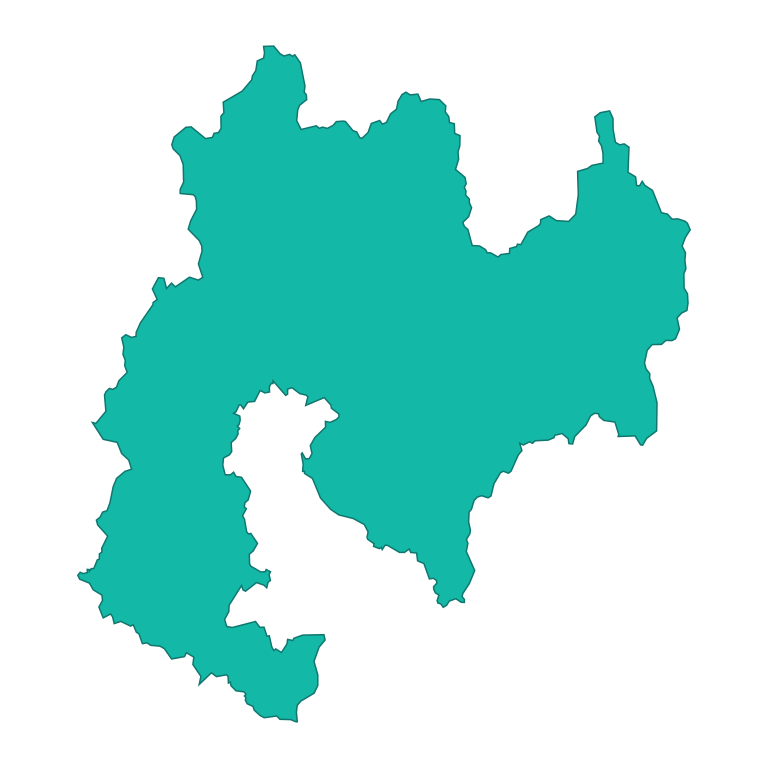 the district of Yen Son, Tuyên Quang, Vietnam
{"feature_id": "81297802B74193371644879", "entity_name": "Yen Son", "entity_type": "district", "adm_level": 2, "iso_a3": "VNM", "parent_name": "Vietnam", "parent_adm1": "Tuyên Quang", "projection": "equal_earth", "projection_center": [105.29, 21.864], "detail": "fine", "context": "isolated", "style": "filled", "palette": "teal", "viewbox_px": 768, "rotation_deg": 0, "n_neighbors": 0, "source": "geoboundaries", "source_scale": "gbopen_adm2", "svg_char_len": 6087}
<svg xmlns="http://www.w3.org/2000/svg" viewBox="0 0 768 768"><path d="M185.9,127.3L174.2,137.0L171.8,144.7L173.2,148.9L179.9,155.5L183.2,164.4L183.6,182.2L180.2,189.3L180.2,193.5L193.3,194.7L195.2,196.5L196.4,201.2L196.6,209.3L190.7,220.8L188.2,229.2L199.3,240.6L201.8,246.1L202.0,251.3L198.4,264.0L202.8,277.3L198.3,280.1L189.5,277.2L175.3,286.9L171.5,283.1L166.5,288.5L163.9,278.3L158.4,277.7L152.4,289.0L157.2,299.5L153.1,302.5L153.0,304.6L140.5,322.7L136.2,332.3L136.0,336.4L131.5,337.4L125.8,334.7L121.7,337.9L123.8,347.1L123.0,354.4L125.3,360.3L124.7,365.6L127.2,372.4L119.0,380.6L116.4,387.3L112.7,389.4L109.4,388.4L106.1,391.6L104.5,394.9L105.9,411.3L95.9,423.4L92.4,422.5L103.2,439.3L117.2,442.4L121.7,453.6L128.7,460.0L131.6,469.2L124.9,471.4L116.6,478.4L113.2,486.6L109.9,503.0L107.0,510.7L102.6,512.1L100.1,517.2L96.4,520.1L97.7,525.0L107.7,536.1L101.7,548.3L101.9,552.1L99.4,553.9L99.3,559.0L97.3,559.9L93.8,568.5L91.3,568.6L89.5,571.1L89.4,569.6L87.2,569.4L87.4,572.6L83.3,573.6L80.2,572.3L77.8,575.3L79.7,579.2L89.5,583.2L93.2,589.8L101.9,595.1L102.5,600.5L98.9,607.0L103.2,617.9L110.5,614.0L112.6,616.8L114.2,623.6L120.8,621.4L130.6,626.1L133.2,624.7L136.4,632.3L138.9,633.7L142.4,643.7L147.0,642.8L150.6,645.3L160.1,646.2L164.4,648.7L171.6,659.0L184.5,656.6L186.4,652.7L193.8,657.1L192.9,664.5L200.9,676.4L199.2,684.5L211.4,672.8L216.4,676.6L226.5,674.8L228.1,676.5L228.4,683.0L230.2,682.0L231.1,685.9L236.0,690.8L244.3,691.9L245.9,694.5L244.4,696.0L246.0,697.6L245.3,700.2L247.3,703.8L253.0,706.4L254.2,710.2L260.1,715.5L264.2,717.7L276.8,716.0L279.9,719.3L290.6,719.6L296.2,721.9L297.3,721.7L296.4,712.2L297.2,705.4L300.8,701.1L314.1,693.2L317.8,685.5L317.8,674.9L314.0,661.4L319.1,647.1L325.1,640.0L323.9,634.7L302.7,635.1L294.0,638.2L292.7,640.5L287.6,639.4L287.0,644.0L281.4,652.5L275.7,648.9L273.8,650.6L271.8,647.0L269.3,635.8L267.0,636.3L264.0,627.2L259.8,627.3L255.5,621.5L232.3,627.5L226.7,626.5L224.6,619.4L228.8,611.7L229.1,605.2L241.5,585.6L243.1,590.0L245.5,591.2L256.5,582.6L263.9,585.1L266.7,587.8L268.1,582.2L270.4,580.5L269.1,574.6L270.5,571.8L266.2,569.5L265.2,571.7L260.9,572.0L250.9,566.3L249.6,564.0L249.3,554.3L253.3,550.8L257.5,543.4L250.8,533.4L248.6,534.0L246.7,531.9L244.5,519.4L242.6,515.6L246.4,508.7L244.3,507.0L244.9,502.8L248.2,499.9L250.6,491.1L241.5,477.3L236.0,476.5L233.6,472.2L230.4,474.9L225.2,474.7L222.8,465.4L223.5,458.0L229.3,454.9L231.7,451.6L231.2,442.6L235.7,438.5L238.1,433.8L237.7,430.9L239.7,428.5L237.3,426.0L239.0,424.7L240.2,420.1L239.8,416.1L233.6,413.3L236.0,411.8L239.1,405.0L240.9,405.1L243.5,408.8L247.8,402.1L254.6,401.4L260.1,390.5L264.9,392.9L269.5,392.0L269.4,386.6L271.3,383.4L273.0,383.5L273.1,380.9L285.7,395.4L287.6,394.1L287.6,389.1L292.0,387.7L299.7,393.6L306.1,395.1L307.9,396.8L305.7,405.4L324.2,397.6L331.0,405.2L331.4,408.2L338.8,413.9L339.0,416.8L336.4,419.5L330.1,422.4L325.4,421.4L325.6,427.2L314.9,437.5L310.3,445.6L312.0,453.6L309.3,458.5L305.6,459.0L302.2,452.9L301.3,454.0L303.2,464.0L302.6,471.4L304.5,471.4L304.5,473.4L312.5,478.5L320.5,498.0L330.7,509.4L338.8,514.9L353.2,518.5L364.3,524.5L368.1,531.9L367.0,537.3L367.8,539.4L374.0,543.7L373.6,546.4L379.4,548.6L381.2,547.4L382.2,549.6L384.9,545.4L387.2,545.2L399.5,552.4L404.5,552.4L409.2,549.0L410.8,552.5L416.6,553.0L417.6,560.9L423.9,563.5L429.4,578.9L433.5,578.3L436.6,580.6L436.7,583.4L433.6,586.6L433.7,589.3L435.4,592.9L438.9,595.1L437.1,600.6L437.9,603.1L440.7,603.8L443.2,607.3L446.6,605.3L449.3,601.1L455.9,598.7L461.2,602.3L464.4,602.4L464.4,599.4L462.2,596.8L462.7,593.7L469.3,583.6L474.7,570.5L466.3,551.5L467.9,543.3L466.4,539.5L469.9,533.7L470.4,530.1L468.6,521.8L469.1,512.0L471.5,509.2L474.0,500.7L477.1,497.2L481.6,495.7L488.1,497.8L491.0,496.0L494.0,483.7L500.4,472.8L503.3,471.2L508.4,473.2L511.0,471.3L518.3,454.9L521.9,450.6L519.7,443.2L523.4,445.0L529.6,441.8L532.5,443.3L535.0,440.8L548.2,440.1L554.0,437.7L554.8,435.3L562.0,433.5L568.2,438.7L568.9,443.6L572.6,444.0L574.7,436.6L586.0,425.0L590.5,416.0L594.5,413.3L598.5,413.7L599.4,416.8L603.8,420.4L615.0,422.1L618.8,434.7L618.1,436.5L635.1,435.9L640.6,444.9L642.6,445.2L646.6,438.4L656.6,430.9L657.0,402.8L653.1,386.4L649.6,378.4L649.8,373.8L646.1,368.9L644.5,363.1L647.2,350.3L652.1,344.6L661.5,344.4L665.9,340.4L671.9,340.6L675.5,338.8L679.5,329.3L677.1,317.9L681.5,313.1L686.9,310.4L688.0,303.3L687.5,293.8L684.1,288.1L683.9,273.7L685.9,268.7L684.9,260.5L685.5,252.8L682.1,246.1L685.4,237.3L690.2,229.9L687.4,223.2L685.0,221.2L678.0,218.9L672.0,219.1L667.5,214.1L661.4,212.7L652.5,190.4L644.9,185.4L642.2,181.3L639.6,185.8L636.6,185.5L635.6,176.9L628.0,172.3L629.0,147.2L624.2,143.9L619.7,144.8L615.4,142.3L613.1,129.3L613.0,118.5L609.6,110.9L600.2,112.7L594.8,116.9L597.0,132.2L599.5,136.1L598.6,141.0L601.5,145.9L603.0,153.3L603.1,163.1L591.9,165.4L587.5,168.5L577.6,171.4L578.3,194.7L575.7,214.2L568.7,221.4L556.3,220.6L549.2,215.9L540.7,219.6L540.5,223.5L538.7,225.6L527.8,232.1L520.9,244.6L517.5,244.2L516.5,246.6L509.7,248.5L509.5,253.4L501.0,254.5L498.0,257.0L490.6,252.8L487.2,252.8L485.5,249.6L479.6,246.0L472.2,245.5L467.9,229.5L464.4,226.5L462.8,222.4L468.6,216.7L471.6,207.7L469.4,202.9L469.3,199.1L465.6,195.0L466.0,191.2L464.3,187.3L466.2,183.8L465.0,177.4L455.5,169.4L458.6,159.2L458.0,151.9L459.8,145.9L460.0,135.6L454.7,133.4L454.3,123.7L449.5,122.5L448.8,116.7L445.3,111.9L445.8,105.9L439.4,99.6L429.6,99.0L421.2,101.5L417.9,94.1L410.2,94.9L405.9,92.2L402.1,94.5L398.1,101.1L396.5,109.2L390.6,113.8L386.4,122.5L382.4,124.1L379.6,120.5L371.3,123.5L368.0,132.6L361.9,138.4L359.6,137.5L356.7,131.9L353.0,130.7L345.4,121.5L343.3,121.1L336.3,121.6L333.2,125.3L327.3,128.4L322.5,127.1L319.2,128.3L316.3,125.8L301.1,129.5L296.7,120.7L297.7,110.1L299.5,105.4L306.7,99.6L306.3,94.7L304.2,92.2L305.0,86.2L300.4,62.9L294.8,54.8L292.6,56.3L289.6,54.4L284.0,56.0L280.0,53.7L273.7,46.1L263.6,46.4L264.5,53.0L263.6,58.1L257.3,60.9L255.8,70.6L252.4,75.9L251.8,79.7L242.2,91.1L223.2,102.2L223.9,112.7L220.9,116.3L221.1,128.4L218.3,132.7L214.0,133.3L212.5,137.4L205.5,138.6L191.2,126.9L185.9,127.3Z" fill="#14b8a6" stroke="#0f766e" stroke-width="1.5"/></svg>